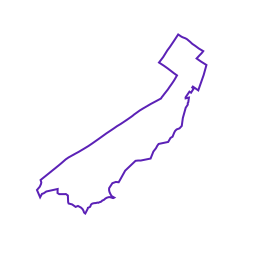 outline of La-nkwantanang-madina, Greater Accra, Ghana, rotated 214°
{"feature_id": "2480657B60779202001283", "entity_name": "La-nkwantanang-madina", "entity_type": "district", "adm_level": 2, "iso_a3": "GHA", "parent_name": "Ghana", "parent_adm1": "Greater Accra", "projection": "natural_earth1", "projection_center": [-0.168, 5.741], "detail": "fine", "context": "isolated", "style": "outline", "palette": "violet", "viewbox_px": 256, "rotation_deg": 214, "n_neighbors": 0, "source": "geoboundaries", "source_scale": "gbopen_adm2", "svg_char_len": 2360}
<svg xmlns="http://www.w3.org/2000/svg" viewBox="0 0 256 256"><g transform="rotate(214 128 128)"><path d="M164.6,58.0L171.4,36.0L169.5,34.5L168.8,32.9L168.3,30.0L168.8,25.7L162.1,21.4L162.5,25.2L161.4,26.7L161.1,27.4L160.2,29.7L152.2,38.1L150.1,34.7L148.0,34.7L142.5,38.5L140.1,38.4L136.2,33.1L135.0,32.2L132.5,33.1L131.6,33.4L127.3,33.3L125.9,35.4L122.9,35.7L122.1,35.7L121.3,35.5L120.5,35.4L119.0,34.7L118.4,34.3L117.5,33.6L116.8,33.3L116.2,33.2L115.9,33.2L115.6,33.2L115.9,35.7L116.2,38.3L116.4,38.8L116.6,39.4L116.0,40.3L115.4,41.3L115.4,41.6L115.4,41.9L115.4,42.0L115.7,43.1L115.8,43.5L115.8,43.9L115.6,44.7L115.3,45.4L114.3,46.5L113.5,47.2L112.7,47.8L111.7,49.0L111.3,49.2L110.8,49.4L110.5,49.9L110.2,50.5L109.3,51.5L108.9,52.6L108.8,53.4L108.2,54.3L107.7,55.2L107.4,56.6L107.2,57.1L106.4,58.6L105.2,60.0L104.4,60.5L103.8,60.7L103.1,61.0L101.5,61.4L101.2,61.6L100.9,61.8L100.5,62.6L103.4,62.4L104.2,62.7L105.6,63.4L107.7,64.7L109.0,66.0L110.0,67.6L110.1,73.5L107.9,76.5L105.4,77.8L105.6,80.6L106.5,91.1L103.4,105.0L101.3,106.8L99.2,108.2L92.2,115.3L93.8,122.7L93.5,126.8L93.8,129.7L93.7,131.9L86.9,138.9L87.2,143.6L86.2,145.7L87.1,150.0L87.3,151.9L86.9,154.0L85.1,156.5L84.6,159.8L88.1,166.9L91.5,177.1L91.5,180.8L92.4,182.0L92.4,183.0L94.5,187.3L96.8,184.8L97.4,185.6L97.4,192.5L95.5,192.5L95.6,197.3L97.4,197.5L97.4,198.6L90.8,198.5L94.9,214.2L98.2,224.1L101.9,224.0L104.4,223.9L110.0,224.0L109.9,224.7L109.4,227.8L108.8,231.3L108.7,232.0L108.6,233.8L113.6,233.5L118.3,233.7L121.8,233.7L124.8,234.2L125.9,234.3L128.7,234.6L128.8,234.6L129.2,234.6L129.7,234.5L130.1,234.5L130.4,234.5L132.9,233.9L133.9,233.7L134.1,233.7L134.7,233.6L135.8,233.6L138.7,233.6L138.6,225.8L138.6,224.5L138.6,219.3L138.6,218.7L138.8,214.3L138.5,206.5L138.9,199.6L133.2,199.7L128.6,199.6L126.9,199.5L120.7,199.1L116.8,199.0L116.6,196.3L116.5,194.8L116.4,192.4L116.4,189.1L116.5,185.5L116.5,182.1L117.0,175.6L117.0,174.7L117.1,173.8L117.2,172.5L117.2,171.6L117.1,171.0L119.3,166.8L122.6,160.6L126.4,152.7L128.1,149.0L128.6,147.6L130.5,142.5L131.0,140.7L131.8,138.5L132.4,137.0L132.8,135.9L135.8,128.5L136.3,127.3L137.6,124.5L138.0,123.7L139.7,119.3L141.0,116.1L141.7,114.4L142.9,111.5L145.0,105.8L146.3,102.3L148.9,95.5L150.7,91.0L153.0,86.0L154.1,83.7L155.5,80.7L157.5,76.9L160.8,70.4L162.1,67.1L163.5,61.8L164.6,58.0Z" fill="none" stroke="#5b21b6" stroke-width="2"/></g></svg>